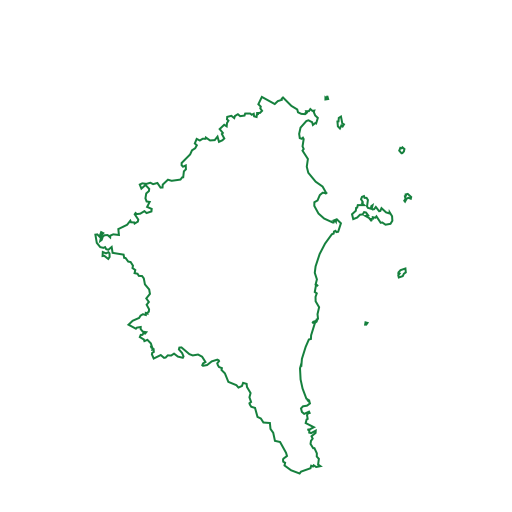 outline of Toscana, Siena, Italy, rotated 207°
{"feature_id": "23120603B95153686365028", "entity_name": "Toscana", "entity_type": "district", "adm_level": 2, "iso_a3": "ITA", "parent_name": "Italy", "parent_adm1": "Siena", "projection": "mercator", "projection_center": [10.807, 43.355], "detail": "fine", "context": "isolated", "style": "outline", "palette": "green", "viewbox_px": 512, "rotation_deg": 207, "n_neighbors": 0, "source": "geoboundaries", "source_scale": "gbopen_adm2", "svg_char_len": 6144}
<svg xmlns="http://www.w3.org/2000/svg" viewBox="0 0 512 512"><g transform="rotate(207 256 256)"><path d="M141.0,149.1L143.6,151.9L142.9,150.9L143.2,150.4L144.1,150.7L143.7,151.5L146.4,151.8L154.4,159.1L160.2,166.2L165.8,175.9L166.4,178.9L165.4,177.9L168.4,185.2L170.5,197.6L171.0,205.6L169.4,207.0L170.9,210.4L173.1,223.1L171.9,225.8L173.6,224.5L173.6,221.9L174.1,223.7L175.3,221.7L175.1,223.4L172.5,226.0L173.1,225.7L172.5,226.9L173.5,226.0L172.8,226.8L173.5,227.8L172.4,227.1L172.3,228.3L174.8,232.1L176.5,239.0L182.3,242.7L184.4,246.6L184.9,250.3L187.3,250.6L189.4,257.7L187.0,257.4L189.4,258.0L190.0,257.8L191.1,262.8L196.0,267.7L198.2,273.8L200.2,286.7L200.1,298.4L198.3,309.8L197.0,311.2L197.6,313.2L196.6,314.5L195.2,313.8L193.8,314.9L195.2,323.7L200.7,325.4L202.2,323.7L200.9,324.1L200.4,322.9L201.3,323.4L202.6,321.3L201.4,321.4L202.7,320.7L212.3,320.3L219.6,322.2L226.8,327.1L228.4,330.4L226.4,333.4L226.8,339.3L225.3,342.7L222.3,343.6L222.6,342.7L221.9,343.9L228.2,348.1L236.6,349.3L247.2,353.9L251.3,358.6L253.8,366.0L262.4,371.0L262.1,373.0L264.3,374.8L266.6,381.8L267.9,382.7L268.5,381.2L270.5,380.9L273.0,384.4L274.6,390.6L272.4,399.1L270.9,400.7L266.7,400.7L264.8,398.6L263.5,401.4L262.6,401.4L263.6,407.1L267.1,408.1L269.9,410.5L270.1,412.0L271.6,410.9L274.3,411.6L274.6,409.1L277.0,407.8L276.0,407.1L276.8,406.4L277.0,405.4L276.6,405.9L276.1,405.8L276.6,404.7L280.2,403.2L283.8,403.1L285.8,405.3L292.6,405.8L303.9,409.5L304.5,407.8L303.9,406.9L306.9,403.9L308.3,399.9L323.0,400.4L322.8,392.3L319.6,391.3L319.2,389.5L316.5,388.1L317.4,385.3L319.7,384.0L318.8,383.2L319.5,382.7L318.6,380.1L321.1,379.6L322.6,381.7L323.9,379.9L325.9,380.3L330.3,378.0L330.0,375.9L333.6,373.4L336.5,374.1L338.3,371.2L338.0,369.0L341.6,369.7L344.8,366.9L343.9,364.6L342.0,364.1L342.2,361.3L341.0,358.2L343.9,358.5L346.0,352.6L341.4,350.6L341.8,349.2L337.6,346.3L338.5,343.8L340.8,340.9L344.5,344.9L345.4,340.5L349.4,338.1L354.5,338.8L354.2,337.5L356.7,336.3L358.5,333.4L362.0,333.4L361.6,328.5L359.0,327.8L359.1,324.4L361.0,321.1L360.8,316.6L364.5,305.1L363.5,303.1L361.6,302.4L359.7,304.8L357.8,301.4L358.7,298.7L356.6,293.1L357.5,292.5L358.0,289.8L365.3,284.7L369.1,284.0L371.5,277.3L370.4,274.6L372.1,273.6L377.0,276.3L380.3,273.3L383.4,273.3L386.4,270.5L390.3,269.1L392.0,266.9L388.7,264.0L386.7,269.1L381.6,267.3L380.9,265.2L382.2,261.9L380.7,257.2L378.2,254.9L375.3,255.9L375.3,250.3L370.3,250.6L369.4,248.2L373.0,244.6L375.8,245.3L378.4,241.1L381.3,239.2L382.8,239.6L383.0,238.1L377.4,235.0L376.9,233.0L378.9,229.8L379.7,230.6L382.7,229.3L384.0,230.4L385.0,225.3L390.9,217.5L387.7,212.5L393.0,210.5L395.1,208.0L394.4,206.4L397.7,207.3L400.4,205.7L401.3,203.8L400.8,200.3L401.6,198.7L403.1,204.5L402.5,207.0L404.8,207.0L404.2,202.2L407.2,203.2L408.8,202.1L403.8,195.4L398.8,193.2L395.6,194.0L394.5,195.4L392.6,194.1L390.4,194.5L388.7,198.5L385.2,193.7L374.6,197.1L372.6,194.5L371.3,195.0L367.3,193.0L365.0,193.7L361.2,191.5L360.6,189.2L357.2,188.7L356.4,185.6L353.5,186.4L351.4,185.1L348.4,186.4L345.8,185.1L342.1,180.3L336.0,177.7L333.3,174.1L334.5,168.4L330.6,166.4L331.3,162.9L327.1,160.0L326.2,157.7L327.0,156.3L326.5,155.4L328.3,155.2L327.4,153.4L330.3,152.8L331.8,150.5L332.0,147.8L336.5,142.3L338.4,136.9L330.0,136.7L329.6,138.1L326.5,140.4L325.6,138.5L322.5,137.2L319.2,138.3L319.6,136.5L321.2,136.2L321.4,134.2L322.9,133.4L322.7,131.0L318.0,130.7L316.8,129.5L314.7,132.0L310.0,130.4L307.7,128.1L308.4,127.6L307.7,126.9L306.0,126.8L305.8,125.5L304.8,126.3L303.5,124.1L304.5,122.6L304.1,121.1L300.6,118.2L295.9,124.5L291.7,123.5L290.4,124.5L289.5,127.4L286.4,128.8L284.7,131.8L279.9,130.9L275.0,132.1L275.0,133.6L277.8,136.0L282.3,137.8L282.7,139.6L280.9,140.7L270.8,138.3L267.2,138.7L262.9,141.9L258.3,141.8L252.9,138.6L254.4,136.3L254.3,134.3L253.4,134.1L250.1,136.6L247.6,142.0L243.4,146.1L241.9,146.1L241.2,145.6L241.8,142.8L240.4,141.4L238.6,140.3L235.5,140.6L235.0,138.8L230.4,137.3L223.5,131.3L214.8,132.0L211.9,130.8L209.5,133.8L209.9,137.1L206.3,137.8L204.6,135.2L198.6,131.4L197.7,127.1L194.1,123.7L195.0,121.8L194.0,120.8L191.8,119.5L187.9,120.2L181.6,113.3L177.9,113.4L173.8,111.0L167.8,113.5L164.6,108.5L160.4,106.3L155.2,99.9L150.1,101.2L139.9,94.3L137.6,91.9L139.6,87.8L139.4,86.7L138.4,85.1L136.2,85.0L135.5,82.3L127.5,81.0L118.4,82.0L118.0,84.3L111.1,91.6L111.6,94.2L109.7,94.3L109.6,95.7L106.6,95.3L103.2,98.0L106.0,98.4L107.9,103.8L110.8,104.9L112.2,107.8L116.7,111.3L117.8,110.7L122.1,113.3L123.1,116.3L122.6,119.0L124.7,120.6L122.6,125.4L123.5,127.5L126.5,123.2L128.4,122.8L129.1,124.5L131.4,125.0L129.8,125.4L126.7,129.7L135.9,129.7L136.7,133.3L136.0,134.3L138.3,137.4L138.2,139.4L137.0,140.5L138.1,141.4L141.4,137.2L144.3,137.9L146.7,140.6L145.9,143.4L142.6,145.8L141.0,149.1ZM186.1,333.0L183.3,336.2L182.1,340.0L179.8,341.5L179.6,344.2L177.7,344.7L174.5,343.1L176.7,341.4L172.5,341.2L168.8,339.5L170.2,341.3L168.7,342.4L169.5,343.6L167.0,344.3L166.7,346.0L160.0,342.2L158.7,343.2L154.8,342.7L150.8,345.7L150.5,349.3L152.8,353.2L156.9,355.7L156.4,354.5L159.9,353.9L165.9,355.6L165.7,352.6L166.6,351.8L171.5,354.1L172.0,351.4L173.2,350.4L174.4,350.7L175.2,354.1L175.9,352.8L175.1,350.3L178.1,349.7L179.6,350.6L181.7,356.7L183.9,358.0L185.7,357.1L187.0,358.4L188.4,356.8L188.2,354.3L185.3,352.5L185.5,351.2L182.8,350.4L188.4,347.5L187.8,345.1L188.6,344.3L187.6,341.6L189.4,336.8L186.1,333.0ZM241.9,408.7L239.1,407.7L239.2,411.0L237.6,410.7L237.4,413.2L239.3,413.3L243.6,418.8L244.9,416.6L243.6,413.4L244.5,412.8L241.9,408.7ZM119.0,301.7L116.1,304.7L116.2,307.3L115.1,309.4L117.2,312.7L120.8,309.0L121.6,306.1L121.2,305.0L120.1,305.4L120.4,303.3L119.0,301.7ZM386.3,186.3L386.0,188.7L387.7,191.8L389.2,192.4L390.8,190.3L394.3,190.0L392.7,186.3L391.3,187.3L386.3,186.3ZM147.9,372.1L147.8,375.6L146.5,377.1L144.1,377.3L144.5,379.0L149.0,380.2L150.6,378.8L149.8,377.8L150.5,376.9L148.7,374.8L149.0,372.6L147.9,372.1ZM176.2,414.9L173.0,413.6L172.3,414.1L171.7,416.3L172.3,418.7L174.9,419.3L175.1,418.1L176.5,417.9L176.2,414.9ZM265.2,427.0L263.0,428.6L265.2,431.0L264.5,428.5L266.1,428.8L265.2,427.0ZM127.6,244.4L126.6,244.9L126.3,247.0L128.3,246.6L127.6,244.4Z" fill="none" stroke="#15803d" stroke-width="2"/></g></svg>